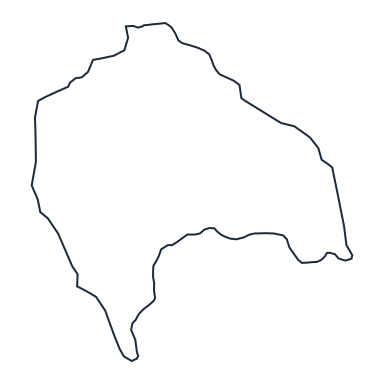 Boganangone, Lobaye, Central African Republic
{"feature_id": "33826404B50242901211322", "entity_name": "Boganangone", "entity_type": "district", "adm_level": 2, "iso_a3": "CAF", "parent_name": "Central African Republic", "parent_adm1": "Lobaye", "projection": "natural_earth1", "projection_center": [17.185, 4.689], "detail": "fine", "context": "isolated", "style": "outline", "palette": "slate", "viewbox_px": 384, "rotation_deg": 0, "n_neighbors": 0, "source": "geoboundaries", "source_scale": "gbopen_adm2", "svg_char_len": 1638}
<svg xmlns="http://www.w3.org/2000/svg" viewBox="0 0 384 384"><path d="M351.5,258.7L352.3,255.2L346.4,245.0L344.1,226.5L338.4,197.7L332.2,167.4L327.7,163.9L321.6,159.7L318.3,148.0L309.9,137.4L294.4,126.3L281.0,123.0L246.2,101.5L241.4,98.2L240.5,92.2L239.5,85.0L234.1,80.9L219.7,74.3L216.5,70.7L213.6,65.6L211.8,60.4L209.3,54.4L204.5,50.7L197.9,47.8L188.1,44.7L182.6,43.3L178.5,40.6L175.3,33.4L171.5,27.4L168.0,24.7L165.1,23.0L159.6,23.7L152.8,24.3L149.8,24.7L143.9,25.3L142.7,26.3L138.0,27.6L133.2,25.9L125.8,26.4L128.1,37.7L124.4,50.2L113.9,55.7L100.5,58.6L93.0,59.9L88.0,71.9L81.8,77.3L75.4,78.3L69.9,82.8L68.2,86.7L57.3,91.5L45.3,97.0L38.1,100.9L35.0,117.4L35.3,127.4L35.6,138.3L35.9,161.9L31.7,185.4L37.8,199.6L40.3,212.2L47.8,218.3L58.1,233.5L72.3,266.4L77.6,274.2L77.1,286.4L85.4,290.6L96.0,296.8L105.2,310.6L114.1,335.1L119.7,349.0L123.9,356.4L131.7,361.0L136.7,358.7L138.3,356.0L137.5,354.2L136.7,350.6L135.3,339.7L133.3,335.1L131.1,329.7L132.5,323.2L135.6,320.0L138.9,313.9L143.4,309.3L149.2,304.8L153.7,300.9L155.1,298.0L154.2,291.9L154.0,288.7L154.2,283.5L153.1,277.1L153.1,271.9L153.4,265.8L155.6,262.2L158.7,256.4L161.2,249.3L167.9,245.1L172.1,245.1L176.8,242.2L187.4,234.5L191.6,234.5L194.9,234.5L199.9,233.5L204.4,229.6L209.4,228.0L214.4,228.3L217.2,231.6L221.7,235.1L226.1,237.1L230.6,238.7L236.4,239.3L243.7,237.4L249.8,234.5L254.5,233.5L266.2,233.2L274.0,233.5L283.2,235.4L286.8,239.3L289.4,247.4L294.6,254.8L298.0,259.6L301.9,262.9L307.7,262.6L311.4,262.2L316.9,261.9L321.1,260.0L324.7,256.7L327.0,252.9L330.0,252.9L335.0,254.2L338.4,258.4L345.3,260.6L351.5,258.7Z" fill="none" stroke="#1e293b" stroke-width="2"/></svg>